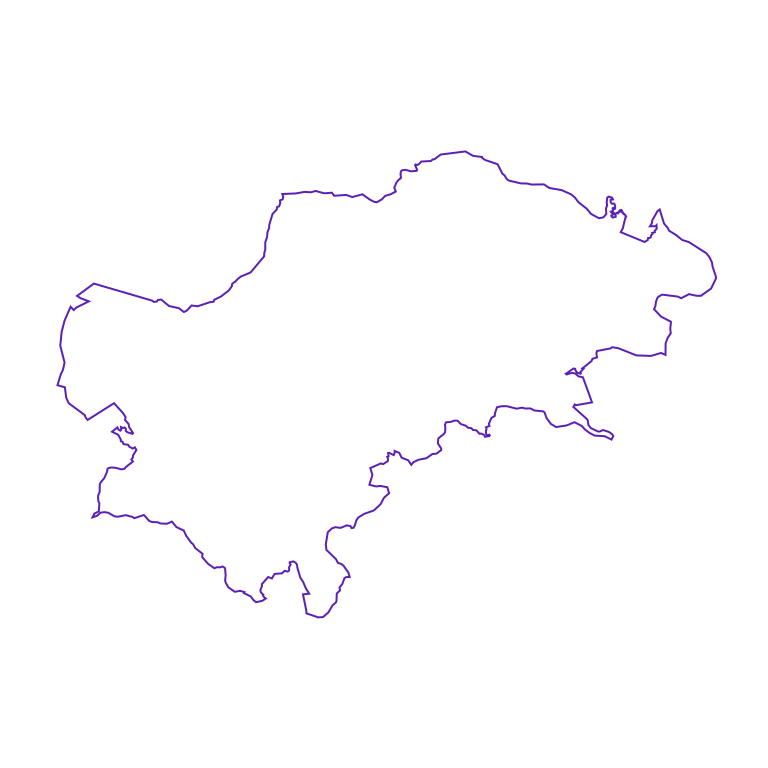 Aschileu, Cluj, Romania, rotated 183°
{"feature_id": "2599482B95199395235203", "entity_name": "Aschileu", "entity_type": "district", "adm_level": 2, "iso_a3": "ROU", "parent_name": "Romania", "parent_adm1": "Cluj", "projection": "albers", "projection_center": [23.469, 46.985], "detail": "fine", "context": "isolated", "style": "outline", "palette": "violet", "viewbox_px": 768, "rotation_deg": 183, "n_neighbors": 0, "source": "geoboundaries", "source_scale": "gbopen_adm2", "svg_char_len": 6152}
<svg xmlns="http://www.w3.org/2000/svg" viewBox="0 0 768 768"><g transform="rotate(183 384 384)"><path d="M495.5,568.4L494.4,565.6L494.9,563.1L497.5,561.9L497.1,559.2L498.0,556.0L500.2,554.9L500.2,552.6L504.2,548.0L506.9,536.9L506.9,533.6L508.3,529.7L508.5,524.5L510.0,519.2L509.6,511.9L510.4,508.6L510.4,505.2L523.1,488.4L532.6,483.8L536.0,480.8L537.5,478.8L540.8,476.2L541.2,473.4L543.7,469.5L551.3,462.9L557.9,459.2L558.3,457.5L559.0,457.1L562.4,456.5L574.1,451.9L580.3,452.3L584.6,447.1L587.6,445.4L592.8,449.0L602.7,450.6L611.0,456.7L614.3,456.0L615.1,454.5L617.9,453.9L620.2,455.2L679.0,469.1L695.1,455.9L691.7,453.9L683.1,451.1L695.3,444.2L697.7,441.6L701.0,444.7L706.3,430.6L708.6,419.4L709.3,405.4L704.1,388.7L705.3,381.6L707.3,376.6L710.0,365.7L702.5,364.0L700.6,353.5L697.7,348.2L681.2,337.3L680.1,334.8L678.1,332.6L652.6,350.7L643.1,341.3L640.3,337.3L640.7,334.4L637.0,330.8L636.4,327.9L632.1,321.9L632.6,321.1L637.7,322.4L639.4,323.6L639.4,325.6L640.6,327.0L642.3,326.4L644.4,327.2L644.0,324.4L644.8,323.6L646.7,324.5L648.0,326.7L653.1,322.1L646.8,319.4L644.0,314.9L643.8,313.0L642.1,312.7L641.0,310.3L636.3,309.9L634.9,307.9L631.4,306.4L629.5,307.7L627.8,305.2L631.0,299.4L630.9,297.6L632.3,295.5L630.7,293.4L637.5,287.5L638.6,285.8L641.6,285.0L647.9,286.3L652.6,286.3L655.6,285.1L656.0,281.8L658.4,275.4L661.7,271.1L662.6,268.6L662.3,261.6L663.7,257.2L663.2,252.2L662.0,249.9L662.1,241.8L666.4,239.5L668.1,235.6L663.6,237.4L660.2,240.7L656.5,241.4L652.6,241.0L646.4,237.8L642.9,237.5L635.0,239.5L628.2,238.1L626.4,236.9L616.9,240.6L611.2,234.9L608.2,234.0L603.0,234.1L599.9,233.0L593.4,233.1L588.7,235.5L583.7,230.2L576.3,227.2L573.7,222.2L568.2,215.4L566.3,214.1L563.9,210.3L556.3,204.9L556.5,201.5L550.2,195.2L543.7,191.1L541.1,192.4L538.8,192.2L535.6,193.3L533.1,191.8L532.1,184.5L532.4,179.6L531.7,177.4L528.8,172.8L522.1,168.7L516.8,169.9L512.5,168.9L512.9,167.8L505.9,164.9L503.4,161.7L500.4,159.4L494.2,161.1L490.8,163.6L492.5,164.7L493.9,166.7L493.5,167.2L496.0,169.5L496.7,171.5L495.3,175.8L495.5,177.7L489.6,185.2L485.8,183.9L483.4,188.6L476.0,189.6L473.3,192.3L471.0,191.6L469.6,192.1L468.9,193.3L469.2,196.1L467.8,198.8L468.9,200.3L468.8,201.1L465.2,202.1L463.0,201.0L461.5,199.2L460.8,195.7L457.3,186.0L454.5,182.3L451.2,175.6L447.7,170.7L453.9,169.7L449.6,153.2L449.5,150.9L437.5,147.5L432.8,148.0L427.7,152.8L423.7,160.4L420.5,163.4L420.1,165.2L420.2,172.3L417.1,175.6L417.8,178.6L415.2,182.0L413.3,188.1L411.6,189.2L408.2,189.5L409.7,193.8L414.9,200.4L416.9,201.9L420.7,203.0L422.8,206.6L432.8,215.3L433.7,220.7L432.4,233.0L428.3,237.2L424.9,238.5L419.9,238.0L413.7,240.9L410.0,240.3L408.9,238.4L406.9,238.8L405.8,240.9L404.4,246.5L402.7,249.3L397.0,253.3L387.5,257.2L381.2,263.7L378.0,270.5L373.2,275.2L375.3,281.1L382.2,282.0L386.5,281.3L393.3,282.6L390.8,292.6L393.3,299.3L383.1,304.5L380.7,303.9L376.2,307.2L376.0,309.5L377.0,311.4L375.6,312.2L376.3,315.3L375.3,315.6L370.6,313.5L369.7,316.0L369.9,317.7L365.2,316.1L362.5,311.3L355.8,309.1L352.5,304.7L350.6,307.4L345.8,310.1L337.8,312.1L332.0,316.6L327.9,317.2L323.4,321.0L323.5,322.6L327.0,327.4L327.0,331.6L326.6,332.8L321.6,337.2L320.5,339.0L320.4,343.1L321.0,346.6L320.0,349.0L315.1,349.7L311.5,351.2L308.7,351.2L304.9,347.9L300.3,346.7L297.9,344.8L294.4,344.4L292.6,342.7L289.3,342.6L286.1,339.3L284.3,339.6L281.3,338.3L280.4,336.6L276.1,337.5L275.7,338.2L276.2,338.9L278.1,338.1L279.4,339.4L279.8,342.4L279.2,344.3L280.0,346.1L276.5,347.6L277.2,349.8L274.9,355.8L271.7,357.9L271.7,360.3L270.0,366.6L265.7,367.9L260.4,368.3L250.3,366.3L244.9,367.6L241.4,366.9L236.7,367.3L232.2,365.4L223.6,365.0L222.2,364.0L219.9,358.6L215.3,352.9L209.9,350.0L199.4,352.2L191.8,355.8L184.3,352.5L181.1,349.2L176.0,345.8L170.9,343.5L160.9,343.4L153.9,340.4L152.3,344.0L153.5,345.7L156.9,347.9L162.9,349.5L166.1,347.8L168.0,347.8L175.1,350.8L177.7,353.7L178.6,358.2L179.4,359.5L193.7,371.0L192.4,373.5L191.5,372.8L175.3,376.5L185.7,401.1L190.1,401.8L193.8,404.6L197.1,404.9L202.0,403.1L202.9,403.7L195.6,409.4L193.1,409.0L194.2,408.7L191.6,405.3L188.2,404.6L187.9,405.2L188.4,406.5L185.6,409.6L186.7,410.0L178.1,417.6L177.1,420.1L172.7,421.7L173.5,426.0L173.0,428.1L159.6,431.4L158.0,432.7L151.8,432.0L133.6,425.8L118.9,426.0L109.0,429.5L104.4,427.8L104.9,439.3L103.0,445.2L100.3,449.7L101.0,454.0L100.7,461.2L110.7,465.7L118.3,472.9L117.1,475.6L116.7,480.4L115.6,484.1L114.4,485.6L110.9,487.8L95.3,486.7L91.8,485.2L84.0,489.7L76.9,488.5L72.2,488.6L62.4,496.4L58.0,506.7L58.2,508.7L62.0,518.3L62.8,522.4L65.4,527.4L69.0,531.5L87.2,541.8L93.7,543.4L100.2,548.1L107.3,552.0L108.7,554.6L112.8,559.0L117.8,572.7L120.0,570.8L124.6,561.6L125.0,558.3L126.7,555.4L121.0,555.8L120.2,556.8L119.8,553.4L121.7,551.0L121.5,549.7L124.1,548.9L123.7,547.9L125.1,546.4L125.2,544.7L126.5,543.6L127.9,543.6L128.2,541.5L131.2,539.5L155.5,548.0L153.6,552.2L151.9,561.6L151.3,562.6L151.6,563.5L151.0,564.1L152.8,566.3L153.5,566.1L156.4,570.9L156.2,568.8L157.4,569.9L158.2,568.9L158.0,568.0L159.2,567.6L159.4,566.7L160.2,567.2L161.9,566.1L163.4,566.8L163.6,566.2L161.5,564.8L161.4,563.1L164.2,562.2L165.6,563.3L165.8,564.1L164.6,564.7L164.5,565.7L166.0,567.4L164.8,567.4L165.4,568.3L164.6,568.3L164.3,569.7L164.9,571.4L164.3,571.9L163.2,570.8L162.4,571.2L162.5,574.3L163.5,576.2L165.9,576.0L167.1,577.3L167.4,579.8L165.0,580.3L166.0,582.0L169.3,582.9L170.8,581.9L171.1,577.2L170.5,573.9L171.5,571.2L170.9,565.4L173.6,561.9L178.0,560.8L186.2,564.7L190.5,569.5L199.3,575.7L203.2,580.3L207.1,583.2L216.7,586.9L229.2,588.4L234.7,591.7L247.1,590.9L251.6,591.7L257.9,591.5L270.4,593.8L272.5,595.5L274.5,598.6L276.8,600.2L282.0,609.4L294.7,613.0L297.7,614.8L297.9,615.8L307.0,616.5L314.9,620.5L339.4,616.1L345.4,611.1L346.9,610.9L349.0,609.1L358.4,608.1L360.9,605.1L362.7,604.4L363.9,604.8L364.4,604.2L362.2,599.8L362.6,598.6L368.0,597.8L373.8,599.0L377.1,598.4L378.0,597.6L378.5,595.3L377.9,590.5L380.4,588.3L382.2,585.6L384.0,580.6L382.3,576.8L387.3,573.8L392.6,572.0L396.0,568.1L400.7,565.1L403.7,565.5L408.2,567.6L415.4,572.3L425.5,569.0L431.5,570.8L443.6,569.4L446.0,572.3L453.7,571.3L462.4,573.2L467.0,571.6L473.3,571.7L482.0,569.7L495.5,568.4Z" fill="none" stroke="#5b21b6" stroke-width="2"/></g></svg>